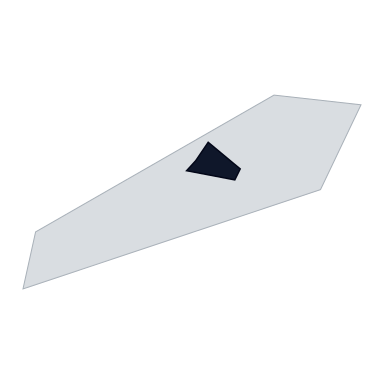 The Valley on a map of Anguilla (orthographic projection)
{"feature_id": "AIA-5126", "entity_name": "The Valley", "entity_type": "District", "adm_level": 1, "iso_a3": "AIA", "parent_name": "Anguilla", "parent_adm1": "", "projection": "orthographic", "projection_center": [-63.059, 18.236], "detail": "fine", "context": "in_parent", "style": "filled", "palette": "ink", "viewbox_px": 384, "rotation_deg": 0, "n_neighbors": 0, "source": "natural_earth", "source_scale": "10m", "svg_char_len": 347}
<svg xmlns="http://www.w3.org/2000/svg" viewBox="0 0 384 384"><path d="M320.5,189.6L23.0,288.9L35.6,231.9L274.0,95.1L361.0,104.8L320.5,189.6Z" fill="#d9dde1" stroke="#a8b0b8" stroke-width="1"/><path d="M186.6,170.7L195.8,160.6L208.2,142.3L232.7,162.7L240.2,168.9L234.8,179.9L186.6,170.7Z" fill="#0f172a" stroke="#020617" stroke-width="1.5"/></svg>